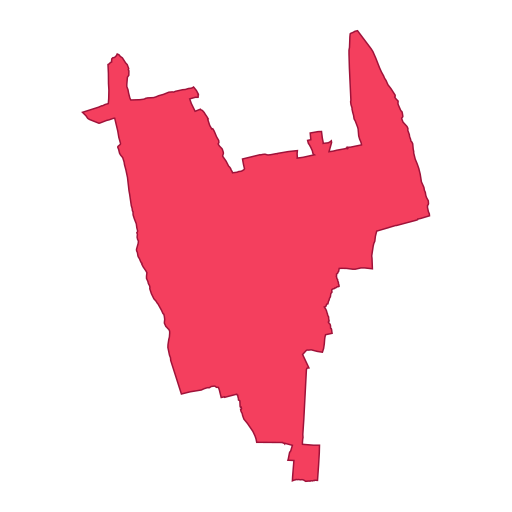 Pogana, Vaslui, Romania
{"feature_id": "2599482B64640023243271", "entity_name": "Pogana", "entity_type": "district", "adm_level": 2, "iso_a3": "ROU", "parent_name": "Romania", "parent_adm1": "Vaslui", "projection": "mercator", "projection_center": [27.562, 46.333], "detail": "fine", "context": "isolated", "style": "filled", "palette": "rose", "viewbox_px": 512, "rotation_deg": 0, "n_neighbors": 0, "source": "geoboundaries", "source_scale": "gbopen_adm2", "svg_char_len": 6007}
<svg xmlns="http://www.w3.org/2000/svg" viewBox="0 0 512 512"><path d="M319.5,445.2L313.4,445.2L302.5,444.3L302.4,442.8L302.7,439.0L303.0,437.6L302.8,434.5L303.8,419.4L306.4,369.8L306.5,369.3L306.9,368.3L307.4,368.1L308.9,367.9L302.6,354.5L306.4,350.3L307.5,350.0L308.7,350.1L311.2,349.8L317.2,351.4L322.4,352.2L323.6,348.5L324.3,343.8L324.7,338.8L325.0,336.8L325.6,334.7L332.1,333.3L331.7,330.8L331.7,330.1L331.3,328.7L330.6,328.2L330.5,325.7L330.0,324.1L329.3,323.6L328.4,322.2L328.9,321.7L328.6,321.2L329.1,320.5L328.7,319.1L328.6,316.9L327.7,315.3L327.4,313.7L326.9,312.5L326.5,310.8L325.6,308.9L324.3,307.0L325.8,306.4L326.7,304.2L327.9,303.8L328.4,301.5L329.1,300.1L329.5,298.3L330.4,296.8L330.8,293.6L332.0,292.1L332.0,291.8L331.7,291.2L331.9,289.5L333.2,288.8L334.1,288.7L334.7,288.0L335.5,288.0L337.4,286.7L338.7,286.6L339.1,286.3L338.9,284.8L338.4,283.5L338.4,282.3L337.7,280.9L337.6,279.5L336.8,278.5L336.6,276.8L336.3,276.3L336.6,275.2L336.5,274.1L337.7,273.1L338.0,272.1L338.6,271.5L339.2,268.4L341.8,268.3L346.6,268.4L352.8,269.2L355.2,269.2L361.0,267.9L364.5,267.9L372.4,268.8L372.0,258.2L371.7,255.9L373.2,246.0L373.8,243.5L374.8,241.2L375.4,236.2L376.7,231.1L395.6,225.5L396.5,225.5L416.9,220.0L417.7,219.6L417.8,219.0L420.5,218.5L429.5,215.8L429.3,213.8L428.4,211.7L427.5,207.6L427.5,205.4L428.2,204.7L428.5,203.7L428.3,200.8L426.5,197.5L425.8,195.4L425.3,192.3L424.4,190.3L423.9,187.4L421.4,181.8L420.2,174.2L418.8,168.5L417.2,163.9L415.2,159.1L413.7,153.0L413.7,151.5L413.2,149.1L412.7,143.8L411.9,142.1L410.8,140.8L410.6,139.3L409.6,136.7L409.3,134.5L407.8,130.4L407.9,128.4L407.0,126.5L403.0,122.1L401.7,118.7L401.7,118.2L402.8,116.7L402.8,116.0L402.3,112.9L401.9,111.6L400.8,110.6L398.2,104.6L397.9,103.1L398.0,102.8L398.1,101.1L396.0,98.9L394.7,97.1L395.2,96.2L395.1,95.1L391.0,88.7L387.9,84.7L386.1,80.6L384.5,78.1L383.6,75.9L381.4,71.9L379.5,67.7L375.8,58.2L372.9,51.6L371.2,48.9L357.5,30.7L354.9,31.3L353.1,32.4L350.8,33.3L350.2,33.8L349.9,36.8L349.5,47.4L349.0,50.1L349.0,54.0L349.4,68.1L350.9,100.3L350.6,101.7L351.0,104.7L352.1,108.1L352.0,109.0L352.7,112.3L353.6,115.5L354.1,118.9L355.3,121.0L357.6,127.1L358.1,128.9L358.7,135.9L359.7,139.4L360.5,141.1L361.2,143.0L361.5,144.9L350.3,147.2L347.6,147.3L347.9,148.5L347.6,148.7L347.1,148.7L346.8,147.6L346.4,148.2L344.7,148.8L336.8,150.2L333.3,151.1L329.0,151.7L331.6,142.5L331.3,140.8L330.1,141.8L328.2,142.8L323.2,143.4L323.3,143.0L322.3,138.0L321.5,131.5L318.1,131.6L310.2,133.0L310.8,139.7L307.6,140.4L308.4,143.4L309.4,144.8L310.8,147.4L312.4,150.9L312.7,152.6L313.0,153.5L313.4,154.2L314.3,154.8L303.1,157.3L297.2,158.1L297.3,156.9L297.1,153.6L297.4,150.6L288.1,151.6L277.6,153.4L277.1,153.8L276.5,153.6L270.7,154.7L267.9,155.0L265.0,154.2L262.7,154.4L260.6,154.9L260.1,154.7L242.5,159.0L243.5,164.5L244.5,168.8L243.8,169.8L241.4,171.2L238.4,171.6L237.3,172.2L232.5,172.8L232.2,171.7L230.8,169.3L230.7,168.6L229.7,167.2L228.6,166.1L226.1,161.2L222.7,156.3L222.7,155.6L223.4,153.4L223.3,152.3L222.4,149.5L222.0,148.7L219.4,146.0L218.4,144.5L218.2,143.8L218.9,142.6L218.7,140.5L216.5,136.7L214.7,132.3L213.8,130.4L212.7,128.7L211.8,129.0L209.7,125.4L207.7,119.2L208.2,118.9L206.9,116.7L205.2,114.2L204.2,112.5L202.4,110.5L200.8,109.8L200.4,109.2L195.1,111.3L191.3,103.5L189.7,98.9L195.3,97.3L198.0,97.3L198.2,97.1L198.1,94.6L198.4,94.6L198.3,94.1L196.4,90.5L193.9,87.4L193.5,87.0L192.9,87.5L191.3,88.2L188.5,88.5L185.3,89.5L182.7,89.7L175.5,91.3L173.6,92.1L172.2,91.9L168.8,92.2L163.4,94.4L158.7,95.7L155.9,96.9L153.6,97.6L147.7,97.9L145.4,98.4L144.8,98.9L143.7,99.2L139.9,99.7L130.8,100.0L129.9,98.2L128.6,93.1L128.0,89.8L126.8,86.6L126.8,84.4L127.4,77.2L128.8,75.3L128.9,70.9L128.3,69.6L128.7,68.6L127.2,64.6L125.6,62.9L122.4,57.9L120.3,56.4L119.0,54.8L117.2,54.0L116.5,55.5L115.1,57.0L114.1,57.6L112.9,57.7L111.8,58.8L111.6,60.2L111.6,62.0L110.4,62.5L109.4,63.7L108.0,64.5L108.4,73.4L108.5,83.6L108.9,90.4L108.7,98.6L108.3,103.6L105.1,104.5L102.5,105.8L101.7,105.8L98.5,107.2L82.5,112.3L86.0,115.8L87.7,118.3L89.3,119.4L98.8,123.2L99.7,123.1L106.7,120.4L109.2,119.8L113.2,118.4L114.7,118.2L117.8,131.2L118.8,137.3L120.5,143.3L120.4,144.2L120.2,144.5L118.0,146.4L117.8,146.8L117.8,147.4L118.6,149.3L119.6,153.4L120.7,155.2L122.7,157.6L124.1,162.0L124.5,164.7L125.9,169.9L127.5,177.5L129.0,190.7L129.7,194.6L131.3,205.7L132.1,208.3L132.4,210.8L133.0,211.7L133.1,214.9L134.3,218.7L136.3,223.8L136.8,227.7L137.6,230.8L137.5,231.8L136.8,232.8L137.3,233.8L137.4,234.6L137.1,237.2L137.6,239.4L138.4,241.0L138.2,243.3L136.5,249.3L136.6,250.8L137.4,252.5L137.9,255.6L138.2,256.7L139.5,258.8L140.3,260.8L141.3,262.9L142.0,263.3L141.8,264.2L143.2,266.9L145.8,270.7L146.9,272.7L146.5,276.2L146.5,278.4L148.0,281.7L148.2,283.0L148.7,284.2L149.5,285.6L149.9,287.1L149.8,288.8L151.4,293.7L153.9,298.8L156.0,301.1L157.3,303.2L158.1,304.1L161.6,310.5L163.0,313.6L163.8,314.2L164.3,316.3L164.7,319.3L164.4,322.2L164.4,323.2L165.9,326.5L166.7,327.2L167.9,328.6L168.8,329.4L169.6,331.0L169.7,332.9L169.4,337.1L168.8,339.3L168.0,344.7L167.9,347.5L169.5,355.2L170.5,357.8L170.7,360.4L181.4,394.0L190.2,391.8L201.3,390.0L203.9,388.8L207.2,387.7L209.4,387.7L211.2,386.5L214.1,386.1L215.0,386.2L216.4,387.3L218.4,387.4L219.3,389.8L221.2,397.5L224.5,396.8L224.7,397.3L236.7,394.2L236.9,394.8L237.7,395.1L238.0,397.2L238.3,397.8L238.5,400.0L239.7,400.6L239.9,401.5L240.1,406.4L240.4,407.1L240.9,406.9L241.2,407.0L241.5,408.5L241.3,409.2L240.6,409.3L240.9,410.8L241.2,411.7L242.2,413.5L242.6,415.5L243.9,419.1L247.5,423.5L252.9,431.4L255.0,435.9L256.0,438.8L256.7,442.3L282.7,442.5L282.9,442.9L284.3,443.4L284.7,443.9L284.9,443.3L292.4,445.3L290.7,451.0L289.7,452.2L289.5,452.8L288.3,458.9L287.9,460.2L293.9,460.5L292.6,476.8L292.4,480.8L294.4,480.0L295.0,480.0L296.1,479.4L297.0,479.7L298.3,479.5L300.5,479.8L302.1,479.6L303.6,480.0L305.6,481.3L306.0,481.3L309.3,481.0L310.0,481.2L311.0,480.7L312.6,480.9L313.5,480.5L314.3,480.6L314.8,480.2L317.5,480.4L318.6,464.9L319.3,452.7L319.5,445.2Z" fill="#f43f5e" stroke="#9f1239" stroke-width="1.5"/></svg>